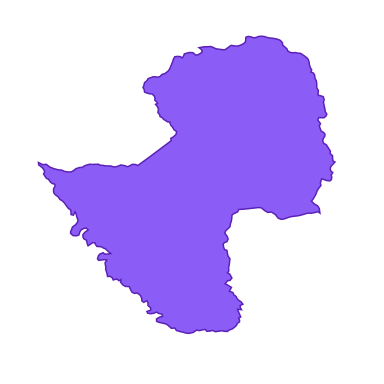 Itapuranga, Goiás, Brazil (Robinson projection), rotated 80°
{"feature_id": "56859067B45624667029655", "entity_name": "Itapuranga", "entity_type": "district", "adm_level": 2, "iso_a3": "BRA", "parent_name": "Brazil", "parent_adm1": "Goiás", "projection": "robinson", "projection_center": [-49.942, -15.57], "detail": "fine", "context": "isolated", "style": "filled", "palette": "violet", "viewbox_px": 384, "rotation_deg": 80, "n_neighbors": 0, "source": "geoboundaries", "source_scale": "gbopen_adm2", "svg_char_len": 5122}
<svg xmlns="http://www.w3.org/2000/svg" viewBox="0 0 384 384"><g transform="rotate(80 192 192)"><path d="M233.8,101.7L233.5,98.7L233.6,95.4L233.8,92.7L233.8,89.7L232.9,81.5L233.6,78.5L233.6,75.4L233.3,71.3L235.0,69.7L232.4,69.6L230.3,69.5L227.3,70.8L225.2,73.4L221.7,76.0L220.0,73.9L215.5,70.2L212.3,68.4L209.9,66.1L208.0,63.9L205.2,64.0L201.5,61.9L204.0,57.6L205.0,54.3L204.0,52.6L201.9,51.8L199.7,52.0L197.2,50.0L195.6,51.6L193.6,51.9L191.3,51.1L190.0,49.5L187.3,46.0L185.8,47.8L182.6,47.6L180.6,47.3L178.1,49.3L175.9,48.6L173.8,49.5L170.9,50.6L168.6,51.6L167.1,53.8L164.5,54.4L162.0,53.4L160.3,51.6L158.2,51.0L156.4,51.9L154.3,54.3L149.1,55.2L147.0,53.6L145.3,54.4L142.9,55.7L140.8,54.1L141.3,51.8L141.8,49.1L140.4,46.8L138.7,45.7L136.1,46.8L132.7,46.7L130.6,46.8L126.5,47.0L124.0,45.8L120.9,46.2L119.6,48.5L118.8,50.7L117.0,50.8L114.2,49.9L111.1,51.0L109.0,50.7L106.6,50.3L103.9,50.3L101.5,51.1L97.7,51.0L95.9,51.8L94.4,54.2L92.6,52.9L89.9,53.9L86.8,54.3L84.7,54.1L82.1,54.4L80.2,55.2L77.6,57.6L75.5,59.7L74.2,61.2L73.7,63.6L72.7,65.7L72.3,69.1L71.5,71.3L69.5,73.3L67.6,73.6L66.0,74.8L63.3,77.1L60.9,77.1L59.2,77.8L57.6,79.2L56.0,82.1L54.7,85.5L53.5,89.7L52.6,91.6L51.3,94.1L50.6,96.8L50.4,99.3L50.9,101.9L50.9,104.3L49.6,106.8L48.5,109.6L49.0,112.1L52.0,112.8L53.8,113.7L54.9,115.6L55.5,117.6L56.1,120.3L56.1,122.9L55.3,125.2L54.4,128.1L56.0,131.3L57.7,135.1L56.7,138.6L55.1,143.6L53.1,146.3L52.0,148.3L51.5,152.4L51.1,154.7L51.1,160.0L53.2,158.0L55.7,157.6L57.0,159.6L57.8,162.1L57.9,164.5L55.0,166.8L54.5,168.9L54.1,171.1L54.7,175.6L56.8,176.8L58.2,178.3L56.6,180.1L55.9,182.8L55.8,185.5L58.3,187.5L60.0,188.2L62.3,189.7L66.0,192.0L67.9,193.5L69.1,195.0L70.7,198.3L71.0,201.2L72.7,203.4L73.0,205.7L72.1,208.4L71.8,210.6L72.2,212.5L72.7,215.5L74.6,217.2L76.1,219.8L78.5,220.8L80.6,222.1L82.8,221.3L85.3,221.4L86.6,219.4L87.9,216.9L88.4,214.4L91.2,212.3L93.5,212.2L95.3,212.7L97.0,211.1L98.8,210.6L99.3,212.7L101.7,211.3L104.4,210.6L107.8,211.8L110.3,210.4L112.2,210.3L113.6,208.4L115.7,207.2L117.1,205.5L118.7,203.9L119.3,201.7L121.5,201.6L123.1,201.0L124.7,199.9L127.6,198.9L129.8,196.6L132.4,197.7L134.4,200.5L135.5,203.6L137.9,203.6L150.2,227.9L152.5,232.6L156.5,240.7L155.1,242.8L154.4,246.0L155.5,249.2L155.9,251.1L154.5,253.4L153.0,257.3L153.5,259.4L154.0,262.6L153.7,264.8L152.2,267.6L151.4,272.2L150.3,275.1L149.6,277.9L148.4,279.3L147.5,285.5L146.9,287.7L147.1,290.5L147.5,293.1L148.7,295.9L148.3,298.1L148.9,302.4L150.0,304.1L151.2,307.4L150.8,310.6L149.4,314.4L147.8,316.5L146.9,320.0L145.1,323.8L142.9,327.5L139.4,330.8L139.2,334.1L138.0,335.8L136.3,338.1L138.6,338.3L142.3,335.0L144.8,333.9L146.6,333.6L148.4,335.1L150.1,334.4L151.8,333.7L153.4,332.9L154.5,331.1L157.3,329.9L159.3,328.3L160.5,325.8L162.5,325.8L164.6,327.7L167.7,328.3L169.6,328.0L171.5,326.6L173.7,324.5L176.4,323.4L178.0,321.4L180.5,319.6L185.0,317.5L187.0,316.4L188.3,314.7L190.5,314.6L193.2,315.1L194.2,312.8L191.2,310.6L193.6,309.9L196.4,309.8L199.9,309.2L201.7,309.8L204.1,312.5L205.7,315.8L208.0,317.1L209.7,318.3L211.7,318.8L214.3,316.6L215.1,313.5L214.7,310.9L212.2,309.6L210.2,308.1L209.1,304.9L209.1,302.5L211.3,300.8L213.0,304.4L215.0,306.8L217.5,307.2L219.5,306.5L221.2,304.3L225.1,304.1L226.9,303.7L225.6,300.6L224.7,298.7L225.1,296.5L226.8,296.2L229.1,295.1L230.2,290.8L231.9,288.8L233.1,286.9L236.1,284.9L238.5,282.6L238.5,285.1L238.0,288.8L236.4,289.9L236.9,293.1L238.3,295.1L241.4,296.7L243.1,295.8L243.3,291.9L243.5,289.6L244.2,287.7L246.6,289.9L249.3,290.0L251.2,289.9L253.1,290.5L255.4,290.1L258.3,289.8L260.5,289.9L260.9,287.2L262.7,285.4L264.9,284.9L264.7,280.9L266.7,279.4L266.0,277.1L268.4,278.0L271.4,276.3L273.4,274.1L274.2,270.3L277.4,269.5L280.2,268.5L281.8,266.4L282.0,263.4L284.8,260.8L288.0,260.0L290.6,260.3L292.3,258.6L291.2,255.4L293.6,254.6L296.2,255.1L298.7,252.9L301.1,253.1L301.9,257.2L303.7,256.6L304.7,253.8L304.8,250.8L304.1,247.6L305.7,246.1L307.2,242.8L309.4,242.6L309.5,245.5L310.8,249.0L313.3,249.3L314.8,246.8L315.8,244.3L316.9,241.7L317.9,239.8L320.3,237.9L322.7,235.9L323.0,232.5L325.7,231.4L327.6,227.5L328.6,225.0L329.8,222.6L330.7,219.8L330.5,215.1L329.6,213.2L328.8,211.3L329.8,208.8L329.6,205.6L329.6,202.9L331.7,201.6L332.1,198.7L331.9,195.6L333.6,193.4L333.8,186.9L334.8,184.3L335.5,181.3L334.4,179.4L333.8,175.9L332.5,173.5L331.1,171.4L329.1,170.0L328.2,167.8L326.4,167.4L324.3,168.0L323.5,165.7L320.7,166.4L318.9,166.8L315.4,167.5L316.5,163.7L314.0,164.5L312.2,164.3L311.3,161.3L308.6,162.8L306.9,164.6L305.1,166.1L302.5,166.7L300.6,168.6L298.1,169.2L296.2,172.5L292.8,169.7L290.1,172.7L288.1,175.3L285.5,172.3L285.7,170.0L283.6,167.6L281.2,168.5L279.3,169.1L277.7,171.1L276.1,169.4L273.0,169.1L269.4,167.7L266.5,166.9L264.5,166.2L261.4,167.6L258.4,167.8L255.5,167.7L254.4,169.9L251.9,170.4L248.8,170.4L247.5,168.9L247.0,166.2L244.6,164.6L241.6,165.1L238.3,166.9L235.8,165.3L234.6,163.2L232.9,160.7L229.9,159.6L227.0,158.1L224.1,157.2L221.8,156.7L220.7,154.9L219.5,150.5L217.3,148.9L217.9,143.9L218.9,128.9L219.7,126.4L223.1,123.5L225.3,120.9L225.5,117.2L228.6,113.9L232.8,111.6L234.4,108.9L234.5,105.6L233.8,101.7Z" fill="#8b5cf6" stroke="#5b21b6" stroke-width="1.5"/></g></svg>